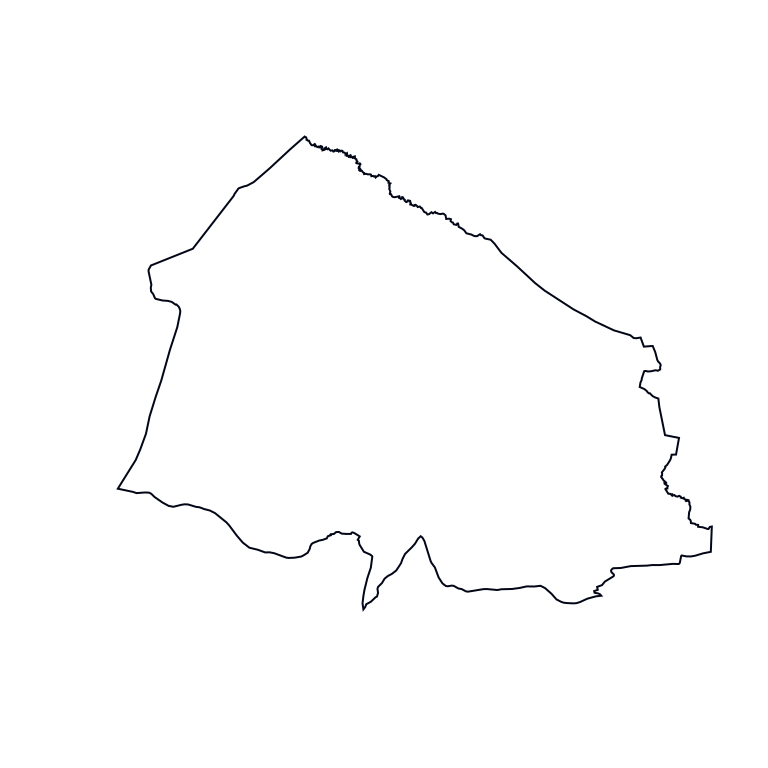 the district of Khok Sung, Sa Kaeo, Thailand, rotated 166°
{"feature_id": "78962969B84057693525228", "entity_name": "Khok Sung", "entity_type": "district", "adm_level": 2, "iso_a3": "THA", "parent_name": "Thailand", "parent_adm1": "Sa Kaeo", "projection": "orthographic", "projection_center": [102.618, 13.842], "detail": "fine", "context": "isolated", "style": "outline", "palette": "ink", "viewbox_px": 768, "rotation_deg": 166, "n_neighbors": 0, "source": "geoboundaries", "source_scale": "gbopen_adm2", "svg_char_len": 6166}
<svg xmlns="http://www.w3.org/2000/svg" viewBox="0 0 768 768"><g transform="rotate(166 384 384)"><path d="M401.3,643.2L418.3,634.4L443.0,620.8L461.6,611.4L468.9,609.6L472.3,609.6L477.3,609.1L478.2,608.7L483.2,604.4L484.2,603.0L536.8,561.5L581.4,555.4L584.1,552.6L584.9,551.5L585.2,550.0L585.7,536.6L587.0,533.8L587.6,530.2L586.1,526.8L585.5,522.7L584.8,521.8L578.7,518.6L573.5,516.9L570.1,515.0L567.0,511.4L566.2,511.4L564.5,508.7L564.0,506.5L564.0,504.1L564.8,501.8L570.8,489.2L583.4,469.0L599.3,441.2L608.5,427.0L619.3,409.2L627.0,393.3L636.4,379.4L643.3,370.3L667.6,346.8L653.6,340.0L650.5,338.0L642.3,336.6L638.2,335.4L636.3,333.7L634.0,329.9L627.6,322.6L622.4,317.8L618.0,315.8L609.5,315.8L606.5,315.5L603.2,314.5L596.0,310.2L592.8,309.0L588.8,306.2L583.6,303.4L579.2,299.6L570.4,287.9L568.4,284.2L563.6,272.7L559.4,264.3L554.2,257.7L546.7,253.8L540.0,249.3L535.8,248.4L531.5,246.4L520.9,239.2L518.6,238.3L512.8,237.1L506.2,236.6L503.8,237.1L498.9,238.7L496.0,241.9L494.7,244.4L492.9,246.3L491.3,246.9L484.7,247.8L481.3,247.6L476.9,248.0L475.3,249.9L472.3,250.1L472.4,250.9L472.0,251.1L469.0,250.6L466.2,251.9L463.5,251.3L461.3,249.1L456.7,247.6L452.4,246.5L451.5,247.5L450.6,247.7L449.0,246.7L444.4,242.0L447.2,239.1L446.3,238.0L446.7,235.0L446.5,233.6L444.1,226.1L438.6,221.8L437.3,220.1L437.1,219.4L441.2,209.0L447.1,199.7L452.9,188.7L455.1,183.7L457.9,176.4L458.5,170.3L456.1,172.2L454.5,174.6L449.4,175.9L443.8,179.1L442.2,179.5L440.3,182.8L439.9,186.8L438.8,188.6L434.2,191.3L430.5,195.0L426.6,196.8L422.4,197.8L417.2,200.1L410.9,205.9L408.3,209.8L404.7,214.0L396.2,219.0L392.6,221.5L388.2,225.8L385.2,227.4L383.9,225.7L382.8,222.0L381.6,201.1L381.2,199.0L379.0,193.7L377.8,183.1L375.5,176.4L372.9,173.1L371.1,172.3L367.1,172.0L365.2,171.3L361.3,167.6L358.2,166.2L354.7,163.0L352.8,162.2L337.1,160.9L333.9,160.2L323.9,156.7L319.5,156.4L309.2,154.1L301.7,153.3L294.5,153.1L287.4,151.2L280.9,150.3L277.1,147.0L272.2,139.9L268.8,133.3L264.7,129.7L262.3,128.2L258.9,127.0L252.8,125.2L250.1,124.8L246.6,125.0L238.6,126.5L229.8,126.7L224.4,126.0L225.3,127.7L226.7,128.9L230.2,130.5L230.2,132.2L226.4,132.6L226.3,135.6L221.1,136.1L217.6,138.8L207.8,141.9L207.2,142.6L207.1,143.7L208.8,146.3L208.9,147.9L208.1,148.9L206.2,149.8L198.8,148.2L188.6,147.6L173.0,144.2L167.3,143.4L160.3,141.6L147.2,139.6L141.9,138.1L141.0,138.2L140.2,139.0L137.4,145.0L136.7,145.6L132.1,143.5L127.8,142.4L123.6,142.1L115.3,142.5L107.5,142.1L100.4,166.4L102.5,166.5L104.2,164.8L105.2,165.1L109.3,167.8L113.8,169.5L113.3,171.3L115.4,172.0L116.0,173.1L119.8,174.8L119.5,176.8L119.8,178.3L121.0,179.8L118.9,185.9L117.4,187.8L116.4,190.8L116.8,193.5L116.4,194.5L116.3,195.9L116.8,196.5L116.6,197.6L117.8,198.2L118.5,197.3L119.2,197.3L119.5,197.7L118.9,198.6L120.7,200.0L120.7,201.1L122.2,201.0L123.5,201.9L123.3,202.8L124.7,204.1L126.3,203.7L128.2,204.6L129.1,206.0L130.6,205.9L130.9,207.3L131.5,207.4L131.8,206.6L132.7,208.1L134.7,208.8L136.4,214.0L135.8,214.3L134.3,214.1L134.2,215.0L133.2,216.3L135.9,219.3L135.8,220.1L134.7,219.5L134.1,219.7L134.1,220.1L136.3,223.3L136.5,224.5L137.1,225.2L137.1,226.1L137.6,226.7L137.2,227.6L136.3,228.0L135.8,229.9L135.8,231.0L132.4,233.6L131.0,235.3L131.1,235.9L128.9,237.0L125.0,240.7L123.8,242.2L122.0,245.8L117.7,244.9L110.8,260.3L123.7,266.4L122.4,295.1L121.3,303.5L124.1,305.3L126.3,307.3L128.3,310.7L129.1,310.8L130.1,312.0L130.8,313.7L132.6,316.1L136.6,319.2L134.8,323.4L133.0,325.6L132.5,327.1L128.4,333.5L127.1,333.4L124.9,332.3L122.2,331.8L117.0,331.6L115.0,330.6L112.5,331.3L112.0,333.6L110.9,335.5L111.2,337.1L112.6,339.6L113.0,341.3L113.1,349.3L114.1,355.9L122.8,357.4L123.8,367.0L128.3,367.4L130.6,368.2L133.3,371.8L147.9,380.4L164.0,393.5L171.3,400.9L182.0,410.5L205.5,435.7L213.0,445.4L226.3,465.8L238.3,482.8L242.8,493.4L245.6,498.2L250.7,500.7L251.3,501.3L252.4,504.3L254.0,505.0L254.6,506.1L258.0,504.9L260.6,505.7L263.1,507.9L267.6,510.3L269.0,513.8L270.9,516.1L273.5,518.4L273.3,521.8L274.0,522.0L275.4,520.9L277.7,522.1L278.0,523.9L278.9,524.4L280.0,526.0L279.2,527.7L280.7,528.6L283.7,529.1L283.5,532.7L284.8,534.6L285.7,535.1L288.1,535.2L289.5,535.8L290.9,536.6L291.2,537.2L292.2,537.3L292.8,538.6L295.2,537.7L296.4,539.2L299.2,537.9L300.9,538.0L301.6,540.0L303.3,541.1L304.9,545.8L305.6,545.9L306.3,547.5L308.5,547.6L308.8,548.6L310.0,550.2L311.1,550.2L311.3,549.5L312.1,549.6L314.3,551.6L315.1,551.8L315.1,552.1L314.2,552.4L314.4,554.5L315.0,554.8L314.6,555.5L316.3,556.4L317.9,555.1L318.4,555.1L319.7,557.1L319.3,557.9L320.5,559.2L320.3,560.2L320.6,560.7L321.2,560.9L321.6,559.8L322.9,559.4L323.5,560.5L324.3,560.8L324.4,561.4L323.6,561.9L323.7,562.5L328.3,562.6L330.0,563.3L330.7,564.0L331.3,566.5L332.2,566.7L332.4,567.1L331.3,569.2L331.7,572.2L331.0,573.0L331.1,574.4L330.6,574.9L330.9,575.8L329.3,577.1L331.0,578.2L330.3,579.6L332.0,581.2L332.1,582.2L334.0,584.5L338.5,588.2L339.7,587.2L340.7,587.2L342.2,586.4L342.5,587.9L343.6,587.8L344.2,588.5L346.0,588.7L346.0,590.3L346.7,590.8L349.2,591.4L350.3,592.2L352.5,592.5L352.2,593.6L353.1,594.3L353.9,596.2L355.7,596.6L356.4,597.5L356.2,598.0L355.2,597.6L354.8,597.9L355.4,599.2L356.1,599.0L356.4,599.6L355.9,600.7L355.2,600.7L354.3,602.7L353.7,603.0L354.0,603.9L356.0,604.2L357.4,605.0L357.4,605.4L356.0,606.5L356.6,607.4L356.4,608.7L357.6,609.9L357.2,611.9L358.5,611.9L358.3,610.8L359.6,610.9L360.0,611.9L361.3,612.1L360.9,613.0L361.1,614.1L361.8,613.9L361.8,613.3L362.6,612.8L363.3,612.9L363.5,614.0L364.9,614.4L364.1,616.0L364.1,616.9L365.8,616.1L365.6,617.2L366.4,618.1L367.8,618.7L367.9,620.2L368.9,620.7L370.1,620.3L370.7,621.1L371.7,620.5L372.0,621.1L371.3,621.8L372.0,622.1L372.6,622.9L373.3,622.8L373.4,621.6L374.1,621.8L374.5,622.7L375.0,622.9L376.3,621.8L376.9,621.8L377.6,623.2L379.4,623.3L380.9,626.0L381.9,625.4L382.7,626.1L383.6,626.0L383.0,627.0L383.0,627.6L384.7,627.1L385.4,625.6L386.9,625.6L386.5,626.4L387.7,626.9L387.8,628.8L386.7,628.7L386.6,629.3L388.1,630.3L389.7,629.3L390.1,630.2L391.4,630.0L392.2,631.2L393.4,631.3L393.6,632.1L392.8,632.9L393.1,633.6L395.2,632.8L396.5,633.3L397.5,635.8L397.9,638.2L399.1,638.6L399.4,639.3L400.1,639.7L399.7,641.2L400.1,642.4L401.1,642.7L401.3,643.2Z" fill="none" stroke="#020617" stroke-width="2"/></g></svg>